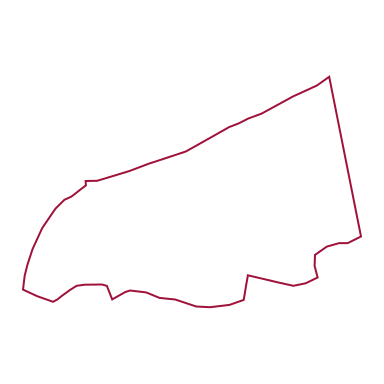 Rosso, Trarza, Mauritania
{"feature_id": "47542326B77132653245300", "entity_name": "Rosso", "entity_type": "district", "adm_level": 2, "iso_a3": "MRT", "parent_name": "Mauritania", "parent_adm1": "Trarza", "projection": "albers", "projection_center": [-15.757, 16.661], "detail": "fine", "context": "isolated", "style": "outline", "palette": "rose", "viewbox_px": 384, "rotation_deg": 0, "n_neighbors": 0, "source": "geoboundaries", "source_scale": "gbopen_adm2", "svg_char_len": 787}
<svg xmlns="http://www.w3.org/2000/svg" viewBox="0 0 384 384"><path d="M23.0,289.6L37.0,296.1L53.1,301.8L57.6,299.3L61.4,296.2L70.1,289.9L76.6,285.8L84.8,284.7L102.1,284.5L106.9,285.9L112.2,299.4L125.1,292.1L130.0,290.5L146.1,292.4L159.5,297.9L175.2,299.5L196.2,306.5L210.0,307.2L229.5,304.9L243.7,299.9L246.2,284.9L247.9,275.3L277.1,282.2L293.4,285.8L305.6,283.3L317.6,277.5L314.6,265.9L315.0,254.9L326.8,246.6L339.2,243.1L347.7,243.1L356.0,239.0L361.0,236.5L329.2,76.8L316.9,85.5L292.9,96.5L261.6,113.6L248.3,118.5L238.7,123.4L229.1,127.1L204.7,140.9L185.8,151.5L148.5,163.8L129.2,171.1L97.1,180.8L85.6,181.0L85.9,185.4L80.2,189.7L75.3,193.6L71.4,196.6L64.4,199.8L55.5,208.6L42.2,228.1L32.6,249.0L27.5,264.5L24.7,275.6L23.0,289.6Z" fill="none" stroke="#9f1239" stroke-width="2"/></svg>